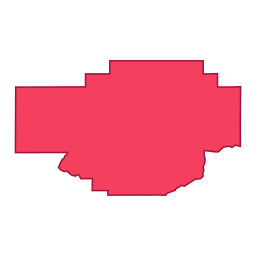 outline of Chouteau, Montana, United States of America
{"feature_id": "52423323B43450908870272", "entity_name": "Chouteau", "entity_type": "district", "adm_level": 2, "iso_a3": "USA", "parent_name": "United States of America", "parent_adm1": "Montana", "projection": "robinson", "projection_center": [-110.325, 47.861], "detail": "fine", "context": "isolated", "style": "filled", "palette": "rose", "viewbox_px": 256, "rotation_deg": 0, "n_neighbors": 0, "source": "geoboundaries", "source_scale": "gbopen_adm2", "svg_char_len": 861}
<svg xmlns="http://www.w3.org/2000/svg" viewBox="0 0 256 256"><path d="M159.2,195.0L165.7,195.2L167.2,193.2L175.4,190.2L175.4,189.2L181.2,185.5L184.6,186.1L188.0,183.8L195.2,179.2L200.4,178.7L203.1,176.4L202.9,172.7L203.8,170.8L203.1,166.5L204.6,163.6L205.2,160.0L204.0,153.6L204.5,150.5L214.3,151.8L218.2,151.9L223.7,147.0L228.9,146.3L232.2,147.4L235.4,145.1L240.4,146.4L240.3,126.5L240.6,86.7L233.0,87.0L217.5,87.0L217.5,84.8L217.5,73.6L203.2,74.0L203.2,60.8L183.0,60.8L177.2,60.8L109.8,60.8L109.7,73.9L94.1,73.9L85.5,73.9L85.5,86.9L15.7,87.1L15.6,108.9L15.4,152.6L67.4,152.5L66.5,155.0L65.2,155.4L63.9,158.5L62.5,159.1L60.1,163.4L58.5,167.6L60.8,170.0L64.2,171.5L68.1,171.6L68.7,172.8L72.0,175.3L75.6,176.1L77.7,174.6L79.0,175.3L80.9,178.7L92.4,178.6L92.2,190.6L107.7,190.6L107.9,195.1L159.2,195.0Z" fill="#f43f5e" stroke="#9f1239" stroke-width="1.5"/></svg>